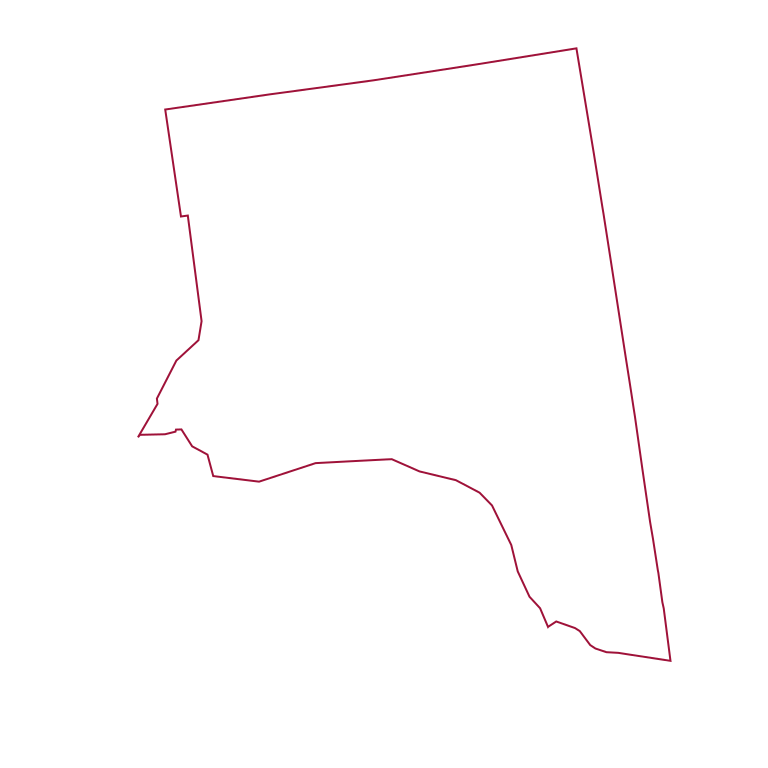 the district of Wayne, Michigan, United States of America, rotated 83°
{"feature_id": "52423323B15255243376052", "entity_name": "Wayne", "entity_type": "district", "adm_level": 2, "iso_a3": "USA", "parent_name": "United States of America", "parent_adm1": "Michigan", "projection": "equal_earth", "projection_center": [-83.141, 42.24], "detail": "fine", "context": "isolated", "style": "outline", "palette": "rose", "viewbox_px": 768, "rotation_deg": 83, "n_neighbors": 0, "source": "geoboundaries", "source_scale": "gbopen_adm2", "svg_char_len": 952}
<svg xmlns="http://www.w3.org/2000/svg" viewBox="0 0 768 768"><g transform="rotate(83 384 384)"><path d="M500.1,137.9L446.8,138.9L437.8,139.2L424.2,139.6L411.4,140.0L393.7,140.6L390.9,140.7L288.0,143.9L241.6,145.4L234.7,145.7L181.8,147.6L181.7,147.6L74.3,152.1L78.1,254.2L81.3,357.3L82.6,462.1L84.9,567.7L193.0,565.1L192.9,558.2L299.4,557.4L317.9,562.8L335.4,587.2L370.8,611.2L376.1,611.2L406.9,634.7L404.7,632.4L407.2,607.5L405.9,596.8L403.9,596.0L404.4,590.6L420.8,582.8L422.5,582.0L432.6,567.8L454.6,564.7L465.7,519.9L454.2,461.6L456.5,428.3L459.2,390.2L459.6,385.4L475.1,359.4L486.4,329.3L488.2,324.4L503.5,302.4L517.7,291.6L559.3,277.3L586.3,274.1L612.9,265.5L625.6,256.4L645.1,250.8L645.0,250.7L640.7,242.0L649.5,224.2L653.1,219.8L668.3,211.1L672.3,206.4L677.3,195.9L679.4,184.2L681.9,175.4L693.7,133.4L640.8,133.7L634.6,134.3L605.0,134.7L602.2,134.9L570.3,135.9L553.4,136.7L500.1,137.9Z" fill="none" stroke="#9f1239" stroke-width="2"/></g></svg>